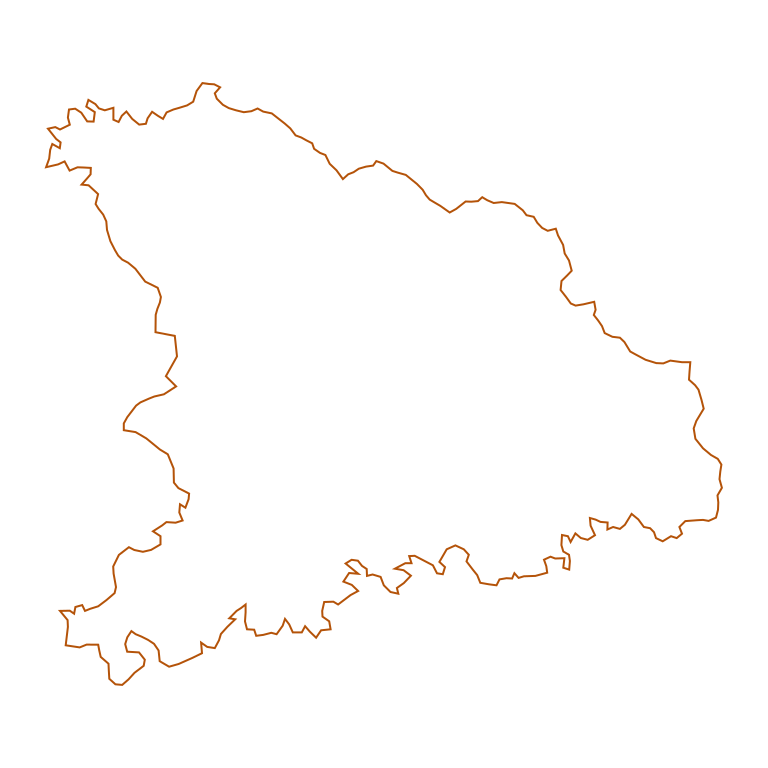 Faxinal, Paraná, Brazil (Mercator projection)
{"feature_id": "56859067B81373422903240", "entity_name": "Faxinal", "entity_type": "district", "adm_level": 2, "iso_a3": "BRA", "parent_name": "Brazil", "parent_adm1": "Paraná", "projection": "mercator", "projection_center": [-51.3, -24.003], "detail": "fine", "context": "isolated", "style": "outline", "palette": "amber", "viewbox_px": 768, "rotation_deg": 0, "n_neighbors": 0, "source": "geoboundaries", "source_scale": "gbopen_adm2", "svg_char_len": 4724}
<svg xmlns="http://www.w3.org/2000/svg" viewBox="0 0 768 768"><path d="M50.2,149.8L49.2,158.6L46.1,167.2L58.1,164.4L64.6,161.4L69.6,170.6L77.5,167.3L83.4,167.5L90.8,167.9L90.6,174.3L87.0,178.5L81.6,184.6L88.6,185.3L98.1,194.1L95.6,204.0L98.6,208.8L103.2,214.6L106.3,221.4L107.0,229.9L110.4,241.2L115.0,250.2L118.2,255.6L122.2,259.6L128.1,262.7L135.4,268.8L145.2,281.6L157.7,287.8L160.9,297.0L159.9,302.5L157.4,308.8L155.7,314.8L155.5,332.2L174.8,335.9L177.0,356.4L169.8,369.2L165.9,376.2L176.1,386.4L163.9,394.3L154.3,396.5L149.0,398.6L140.4,402.4L136.1,405.6L127.3,417.1L123.8,423.4L123.8,430.2L135.6,432.1L146.3,438.4L159.9,449.5L167.8,454.3L173.6,468.5L173.9,482.6L178.4,488.1L189.1,493.6L188.6,499.2L185.4,507.7L180.0,504.3L179.3,512.5L182.6,520.5L175.6,522.7L166.4,522.1L162.2,525.4L153.0,531.3L160.5,536.2L160.5,544.4L151.1,549.9L142.9,551.8L134.3,550.0L128.9,547.2L118.9,554.9L113.2,566.5L113.6,573.6L116.0,587.1L114.6,593.1L106.3,600.2L98.2,606.3L90.2,608.8L85.0,610.9L82.2,605.1L75.4,607.0L74.1,613.7L69.8,610.7L60.0,610.9L67.6,620.1L67.9,626.9L65.7,645.3L79.7,647.4L86.6,644.6L98.2,644.7L99.2,650.2L100.7,656.9L108.5,663.7L108.8,670.2L109.3,678.8L115.4,684.3L122.2,684.9L128.6,679.3L134.5,672.8L143.7,665.8L144.8,659.7L139.0,652.4L127.2,651.7L125.2,644.1L127.3,637.3L131.4,631.1L135.7,634.2L141.5,636.6L147.9,639.8L154.0,643.8L158.6,650.5L159.7,661.2L169.1,666.7L178.6,664.0L192.4,657.9L202.0,653.2L201.1,642.6L207.2,646.9L214.8,648.1L219.0,640.3L220.9,634.0L227.4,626.8L235.2,619.3L229.3,618.3L236.6,610.9L241.1,608.0L245.6,604.5L245.6,612.3L245.0,621.4L247.0,629.3L254.2,629.7L256.2,635.8L263.2,634.9L271.3,632.8L276.6,634.2L282.7,625.7L285.0,618.9L289.2,624.4L292.8,632.4L301.8,632.4L305.1,626.2L309.9,631.7L316.1,637.7L321.1,630.3L330.6,629.3L329.2,621.3L322.5,616.6L322.2,610.9L324.2,602.0L333.4,601.7L338.1,604.5L350.5,595.1L358.1,591.0L351.8,584.9L343.4,581.6L349.1,573.0L358.3,573.8L345.6,563.5L351.6,559.8L357.9,560.7L362.0,565.9L366.7,569.0L367.0,575.9L372.6,574.5L380.6,576.9L383.8,585.3L390.5,592.0L398.3,593.7L396.9,588.0L403.8,583.1L410.9,575.7L403.6,570.2L394.9,568.7L405.3,563.2L411.5,563.2L409.2,556.1L414.7,555.8L432.9,565.3L437.0,573.3L442.8,574.2L445.0,567.1L439.4,561.9L446.7,549.3L455.4,545.4L463.8,549.3L468.8,554.8L466.5,561.4L472.7,569.5L477.2,575.1L480.3,582.8L488.9,584.3L496.5,585.3L499.5,579.4L506.5,578.2L512.1,578.5L514.4,573.2L518.6,577.9L523.9,576.3L535.4,575.9L547.2,572.7L546.3,566.2L544.0,559.7L550.5,556.7L555.2,558.5L564.4,558.2L563.3,567.7L569.2,569.6L569.9,561.0L569.0,554.8L563.3,551.5L561.4,545.1L562.0,535.0L567.9,536.2L570.6,542.0L575.4,533.4L580.8,538.0L587.7,539.8L595.0,535.2L590.6,525.7L589.9,518.0L595.6,519.6L600.5,521.9L607.6,522.5L607.4,529.5L613.1,527.0L619.9,528.9L624.9,524.8L631.6,513.9L638.3,519.4L643.9,527.0L650.1,528.2L654.0,532.2L656.0,538.1L662.7,541.3L671.0,536.2L676.7,538.1L682.0,533.7L679.4,527.0L685.3,521.1L697.3,520.2L703.0,519.9L708.6,520.9L716.0,517.6L718.0,509.8L718.3,502.4L717.5,495.4L721.9,487.8L719.5,479.2L720.3,471.5L721.4,464.6L717.8,458.9L711.0,455.0L703.0,448.3L695.4,438.8L693.7,428.4L696.3,421.0L703.7,408.7L701.5,399.9L698.5,389.7L695.1,385.2L689.0,379.7L689.5,372.1L690.3,362.2L682.0,362.2L670.3,360.6L663.3,363.4L656.3,363.1L645.6,359.8L635.3,354.3L630.2,351.5L624.4,342.0L619.9,337.7L612.4,336.8L604.7,333.1L602.0,326.1L598.0,320.3L593.8,315.0L595.6,309.8L594.2,301.8L583.5,304.3L575.6,305.6L570.8,303.5L566.1,297.0L560.6,290.0L561.5,281.0L567.3,275.3L571.7,270.7L569.0,260.5L564.7,253.5L563.1,244.9L558.0,235.4L555.8,228.7L547.7,230.8L542.1,227.9L537.3,222.8L533.7,216.8L526.5,215.2L522.8,210.3L514.7,203.9L501.8,202.1L493.7,203.0L487.2,200.2L482.2,197.2L478.0,201.1L471.3,201.7L465.6,201.5L456.2,208.9L449.7,212.5L440.2,205.8L434.9,202.7L429.7,199.6L426.0,195.3L422.7,189.8L417.0,184.0L405.8,174.9L397.7,172.6L392.4,170.9L383.5,163.6L376.3,161.1L373.1,165.6L366.1,166.6L358.8,168.7L353.6,172.2L348.2,174.3L342.9,179.1L336.5,170.3L329.7,163.8L325.4,155.0L320.0,152.9L314.1,148.8L312.2,143.3L306.3,140.3L301.3,137.5L295.6,135.4L290.3,128.4L284.7,123.5L278.3,118.5L271.8,113.4L263.2,111.6L257.6,108.5L251.4,111.2L243.8,112.2L236.0,110.3L228.8,108.1L222.9,104.8L216.8,98.7L214.8,93.3L220.1,87.3L214.2,84.3L208.9,84.0L202.4,83.1L196.6,91.0L193.2,101.7L187.1,105.4L179.0,107.9L173.4,109.5L166.6,112.4L163.0,118.9L157.9,115.8L152.1,111.8L147.6,118.3L145.9,123.8L139.2,124.6L132.2,118.9L126.4,111.5L121.8,115.8L118.6,122.0L113.4,119.7L113.4,107.8L104.8,110.3L98.9,108.4L95.4,104.1L88.4,99.9L86.3,106.6L94.8,112.1L93.6,121.6L87.2,121.4L81.3,112.7L75.2,108.7L69.0,109.5L67.9,117.6L69.8,124.7L60.0,129.5L55.3,127.1L48.0,128.7L56.2,139.0L60.6,142.4L59.8,148.2L52.3,144.0L50.2,149.8Z" fill="none" stroke="#b45309" stroke-width="2"/></svg>